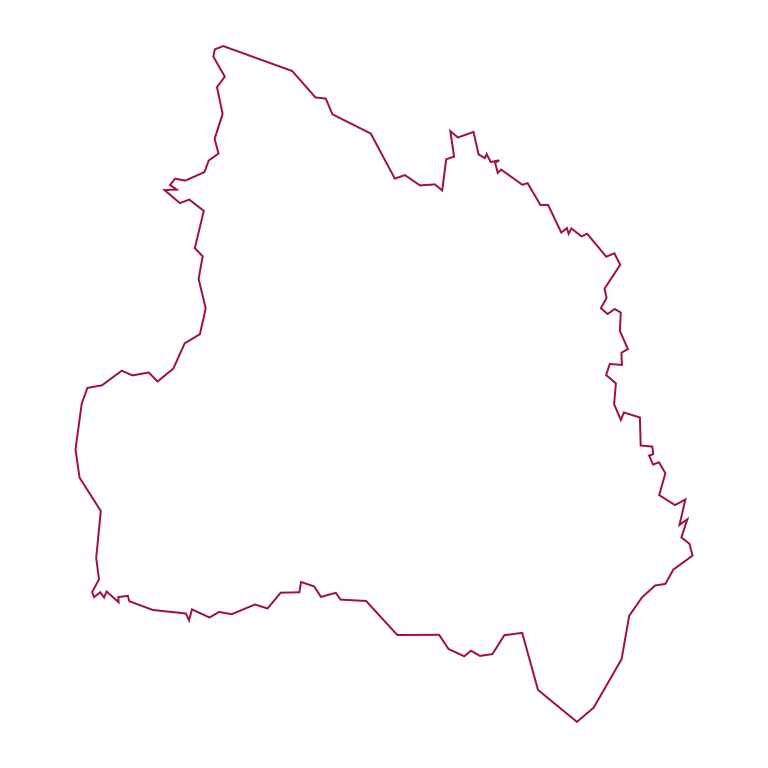 Sumedang, Jawa Barat, Indonesia
{"feature_id": "22746128B19624873108228", "entity_name": "Sumedang", "entity_type": "district", "adm_level": 2, "iso_a3": "IDN", "parent_name": "Indonesia", "parent_adm1": "Jawa Barat", "projection": "robinson", "projection_center": [107.99, -6.81], "detail": "medium", "context": "isolated", "style": "outline", "palette": "rose", "viewbox_px": 768, "rotation_deg": 0, "n_neighbors": 0, "source": "geoboundaries", "source_scale": "gbopen_adm2", "svg_char_len": 1911}
<svg xmlns="http://www.w3.org/2000/svg" viewBox="0 0 768 768"><path d="M299.4,592.3L301.0,582.0L314.1,586.4L321.0,596.9L335.8,592.8L340.5,599.6L366.1,601.0L397.3,635.0L439.1,634.8L448.5,649.0L464.2,656.3L470.9,650.7L480.0,655.9L492.4,654.1L504.3,635.2L522.2,632.9L538.0,689.9L576.9,721.9L593.7,707.6L621.6,659.1L629.2,615.8L641.9,597.5L655.1,585.5L665.4,583.9L673.3,569.6L692.5,555.6L689.5,543.8L681.4,537.4L687.4,519.2L679.5,524.9L685.4,499.4L675.0,505.1L659.2,495.1L665.4,473.2L659.0,462.3L653.1,464.6L649.1,455.5L653.2,454.2L652.3,446.6L640.7,445.5L639.9,417.5L623.9,412.5L620.9,420.0L614.1,404.2L615.9,383.4L606.1,375.0L609.8,364.0L621.9,364.9L621.4,352.7L627.9,349.1L619.9,330.9L620.8,312.6L614.7,309.0L607.6,314.0L600.9,308.2L606.5,298.0L604.6,288.6L620.2,264.8L614.4,253.3L606.2,256.7L587.1,233.7L581.5,236.4L571.4,228.5L568.6,233.8L566.9,228.1L561.3,232.6L548.1,204.9L540.4,205.0L527.6,183.1L522.4,184.8L501.2,169.6L497.8,172.9L495.1,162.8L499.3,160.3L490.7,162.0L486.6,154.1L484.9,158.1L478.6,154.5L473.5,131.9L457.9,137.5L450.3,131.1L454.1,156.6L446.2,159.3L442.2,190.5L434.9,184.4L420.0,185.4L404.9,175.1L394.8,178.6L370.8,133.6L332.4,114.3L325.8,98.6L315.4,97.4L292.3,71.1L223.3,46.1L214.8,49.4L213.4,56.7L224.8,76.7L217.0,87.1L222.6,114.0L214.6,138.8L218.5,153.5L208.7,160.6L204.4,172.1L185.3,180.6L175.1,178.7L170.0,185.0L176.6,189.5L164.5,190.1L179.9,203.1L189.3,199.6L203.8,210.9L194.8,248.2L202.7,256.3L198.6,278.8L205.7,308.4L199.9,334.2L184.7,343.3L173.3,368.6L157.5,381.5L148.8,372.5L132.4,375.4L121.7,370.7L102.0,385.3L87.4,387.9L81.7,403.7L75.5,449.4L79.5,477.5L100.8,511.0L96.2,557.9L99.0,579.4L92.1,592.1L94.1,597.1L100.2,592.3L104.1,597.5L106.6,591.5L118.6,602.2L118.3,597.1L127.8,595.8L129.4,601.3L152.9,610.0L185.9,613.5L189.0,620.4L192.0,609.4L209.5,617.5L219.0,612.0L231.7,614.2L255.0,604.5L267.5,608.5L280.7,592.7L299.4,592.3Z" fill="none" stroke="#9f1239" stroke-width="2"/></svg>